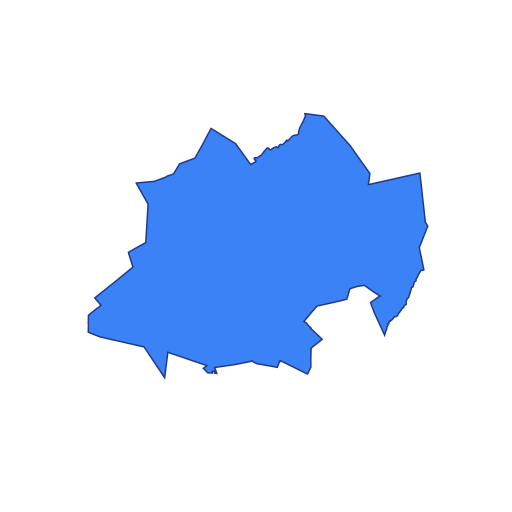 Umzingwane, Matabeleland South, Zimbabwe, rotated 240°
{"feature_id": "62879985B43566873745809", "entity_name": "Umzingwane", "entity_type": "district", "adm_level": 2, "iso_a3": "ZWE", "parent_name": "Zimbabwe", "parent_adm1": "Matabeleland South", "projection": "albers", "projection_center": [28.89, -20.328], "detail": "fine", "context": "isolated", "style": "filled", "palette": "blue", "viewbox_px": 512, "rotation_deg": 240, "n_neighbors": 0, "source": "geoboundaries", "source_scale": "gbopen_adm2", "svg_char_len": 4566}
<svg xmlns="http://www.w3.org/2000/svg" viewBox="0 0 512 512"><g transform="rotate(240 256 256)"><path d="M354.9,369.4L352.6,368.9L352.4,368.7L350.8,366.5L348.5,363.4L348.5,363.2L348.4,363.1L348.2,362.8L346.7,360.4L346.5,360.2L346.3,359.9L345.0,357.8L344.9,357.7L344.7,357.5L342.1,354.9L341.9,354.7L341.5,354.5L341.4,354.4L341.1,354.3L341.0,354.2L340.8,354.1L340.7,354.0L340.6,353.9L340.4,353.8L340.4,353.7L340.3,353.4L340.3,352.4L340.3,352.2L341.3,349.7L341.6,348.2L341.6,347.8L341.2,345.8L341.1,345.7L340.8,344.7L340.6,344.2L339.9,341.5L339.9,340.8L340.9,340.7L340.8,340.3L340.4,339.3L340.4,339.2L340.2,338.7L339.7,337.5L339.7,337.1L339.6,336.9L339.3,335.7L339.4,334.3L339.5,334.1L340.2,333.2L340.5,332.7L340.4,332.4L340.3,331.8L340.3,331.6L340.2,331.4L340.1,331.2L339.9,330.8L339.8,330.7L339.6,330.6L339.5,330.4L339.0,330.1L338.9,330.0L338.7,329.8L338.7,329.6L338.8,329.5L338.9,329.4L339.0,329.3L339.3,329.2L339.5,329.0L339.6,328.9L339.8,328.8L340.0,328.6L340.2,328.4L340.3,328.1L340.5,327.7L340.6,327.2L340.7,326.8L340.8,326.6L340.8,326.3L340.9,325.9L340.9,324.8L340.9,324.7L340.7,323.0L340.7,322.7L340.6,322.4L340.6,322.2L340.8,321.4L341.0,321.2L341.5,321.0L342.9,320.9L343.0,320.9L343.2,320.7L343.3,320.6L343.6,320.3L343.7,320.2L343.9,319.7L343.9,319.3L343.9,319.2L343.7,318.6L343.0,316.9L342.5,315.1L342.4,314.9L342.3,315.0L340.8,311.4L340.5,306.0L341.5,304.7L341.7,303.7L341.3,303.1L339.8,302.9L339.2,303.5L338.2,303.5L337.6,302.3L337.9,300.4L337.9,297.1L363.5,294.5L388.9,280.9L385.3,275.0L379.4,265.7L373.2,255.2L371.3,252.2L374.0,235.9L368.3,225.6L369.7,218.4L369.4,217.4L371.5,205.2L379.1,188.8L379.1,188.7L354.9,188.5L322.8,167.3L323.0,147.4L320.2,146.6L307.9,143.9L303.8,118.6L300.3,95.4L290.9,97.1L290.1,93.2L290.2,92.5L288.5,81.3L281.6,77.1L281.1,77.0L273.9,72.6L263.9,80.5L233.2,113.6L196.2,116.0L216.7,131.5L185.7,158.6L185.4,156.9L185.0,154.2L178.9,155.9L176.4,159.8L178.0,160.5L177.0,162.5L175.3,161.6L173.9,163.3L180.1,164.5L172.8,182.7L166.9,200.1L167.0,200.1L166.9,200.2L165.6,200.8L165.3,200.9L164.0,201.8L162.3,202.9L162.1,203.1L151.1,216.3L150.9,216.5L148.9,218.8L153.3,224.2L152.6,224.6L152.9,225.0L128.2,241.4L128.7,242.1L128.4,242.3L132.4,248.0L138.8,251.6L148.7,257.7L150.6,270.7L150.8,271.7L162.1,268.3L166.0,267.1L166.2,267.6L169.1,266.7L172.6,266.2L175.3,264.7L179.8,276.9L182.1,284.0L178.2,296.3L175.0,306.7L173.2,313.1L180.7,321.0L179.1,328.2L176.4,335.2L165.6,340.1L159.1,343.6L159.3,341.2L158.4,331.9L147.6,330.1L123.1,327.8L126.1,330.8L127.0,332.3L127.4,332.7L128.8,333.7L129.1,333.9L129.1,334.0L130.0,335.4L130.1,335.7L130.9,336.0L131.0,336.1L131.2,336.3L131.1,336.6L130.9,337.1L131.0,337.3L132.7,338.4L132.7,338.5L133.0,339.0L132.4,339.6L132.9,340.8L132.7,341.3L132.8,341.5L132.8,341.8L132.9,342.1L133.0,342.6L133.1,343.0L133.2,343.3L133.3,343.4L133.3,343.5L133.4,343.8L133.7,344.4L133.9,344.5L134.0,344.6L134.0,345.2L134.0,345.4L134.0,345.5L133.9,345.8L133.8,346.2L133.8,346.3L133.8,346.5L133.6,346.8L133.6,347.1L133.6,348.6L133.8,348.9L133.9,349.0L134.2,349.4L134.3,349.5L134.5,349.9L134.6,350.0L134.8,350.3L135.0,350.8L135.1,351.2L135.4,351.8L135.5,352.2L135.5,352.3L137.2,356.0L137.3,356.2L137.3,356.3L137.5,356.6L137.8,357.0L137.7,357.1L137.7,357.3L137.6,357.7L137.6,358.1L137.9,358.4L138.0,358.5L138.5,359.0L138.8,359.5L138.9,359.9L138.9,360.0L138.9,360.3L138.9,361.6L139.0,361.9L139.1,362.0L139.4,362.2L139.6,362.3L140.0,362.4L140.2,362.5L140.7,362.7L142.3,364.2L142.5,364.3L142.7,364.5L142.8,364.8L143.2,365.2L143.2,365.3L143.4,365.8L143.7,367.0L143.7,367.4L145.8,369.6L146.0,369.8L146.2,370.1L146.8,370.8L146.9,371.0L147.2,371.3L147.3,371.4L147.4,371.5L147.5,371.6L147.7,371.8L148.2,372.1L148.5,372.4L148.5,372.5L148.8,372.9L149.0,373.1L149.1,373.3L149.5,373.7L149.8,373.9L149.9,374.0L150.4,374.4L150.6,374.6L150.7,374.8L150.8,375.0L150.8,375.5L150.7,375.7L150.8,376.2L150.8,376.3L151.0,376.7L154.0,379.9L154.2,380.3L154.3,380.5L154.4,381.0L154.4,381.4L154.4,381.5L154.4,381.8L154.5,381.9L154.7,382.2L154.7,382.3L154.8,382.3L155.0,382.4L155.5,382.7L156.0,383.2L156.2,383.6L156.3,383.7L156.3,383.8L157.2,385.4L157.3,385.5L157.5,385.8L157.6,386.0L157.8,386.1L158.6,387.4L158.9,387.7L159.1,388.0L159.3,388.4L159.4,388.7L159.9,389.6L160.2,390.1L160.3,390.3L160.4,390.5L160.9,391.6L161.0,391.8L161.0,392.1L160.9,392.6L160.3,393.0L160.1,394.5L181.7,401.6L181.7,401.8L181.9,401.9L196.0,419.7L200.7,419.6L225.6,430.5L238.6,436.2L245.9,439.4L261.6,389.0L270.5,395.9L280.8,394.9L281.2,394.8L285.7,394.4L303.4,392.8L303.7,392.9L343.3,384.6L354.9,369.5L354.9,369.4Z" fill="#3b82f6" stroke="#1e3a8a" stroke-width="1.5"/></g></svg>